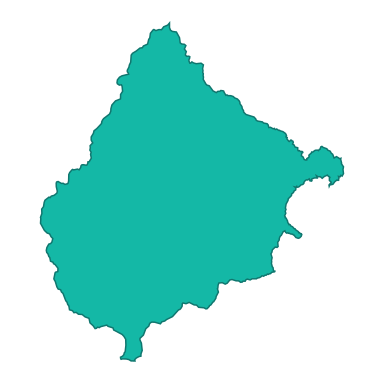 Roncesvalles, Tolima, Colombia (Natural Earth projection)
{"feature_id": "7082276B73571332128099", "entity_name": "Roncesvalles", "entity_type": "district", "adm_level": 2, "iso_a3": "COL", "parent_name": "Colombia", "parent_adm1": "Tolima", "projection": "natural_earth1", "projection_center": [-75.521, 4.104], "detail": "fine", "context": "isolated", "style": "filled", "palette": "teal", "viewbox_px": 384, "rotation_deg": 0, "n_neighbors": 0, "source": "geoboundaries", "source_scale": "gbopen_adm2", "svg_char_len": 5932}
<svg xmlns="http://www.w3.org/2000/svg" viewBox="0 0 384 384"><path d="M40.5,217.4L40.8,218.6L40.5,223.3L44.4,230.4L47.1,233.0L49.6,233.9L51.1,236.8L52.8,238.5L51.9,242.1L50.6,243.6L48.8,244.1L46.9,247.5L46.3,250.3L46.7,252.4L48.0,254.0L48.8,256.4L49.8,257.6L50.5,261.2L53.1,262.3L53.5,263.7L55.1,264.5L58.0,268.3L57.8,271.6L55.5,272.2L55.1,272.8L53.9,278.6L54.1,279.5L55.3,281.5L56.9,286.9L58.2,289.1L60.6,289.7L61.4,291.9L63.0,293.4L65.8,300.8L67.1,302.3L67.6,304.2L68.9,306.1L69.5,309.8L72.5,310.7L73.9,312.7L76.2,312.4L78.4,314.2L82.2,314.5L85.1,316.9L89.0,318.3L90.0,322.9L93.1,325.7L95.1,328.6L96.4,328.3L97.5,327.2L99.4,327.6L100.5,326.7L106.8,325.1L108.0,326.3L113.0,327.9L113.7,330.0L122.1,334.4L123.9,336.3L125.7,339.3L125.9,345.2L125.2,351.6L124.2,353.0L123.9,354.6L122.5,356.2L120.5,357.2L120.7,358.8L121.1,359.3L122.4,358.9L126.3,359.0L129.0,359.6L131.0,360.9L135.0,361.0L134.7,359.7L136.3,358.0L139.1,356.5L140.9,356.2L141.0,353.8L142.2,350.5L141.4,343.2L139.9,339.8L140.0,338.3L143.4,335.1L145.8,328.7L148.8,326.1L149.5,323.9L150.4,322.8L151.8,322.1L154.7,322.2L160.4,323.8L161.9,321.8L164.8,321.0L166.6,319.5L172.5,316.6L178.6,309.8L179.8,309.5L180.8,308.5L182.1,306.3L182.3,303.6L183.0,303.0L186.0,303.7L189.2,302.4L194.1,304.9L196.6,305.1L198.6,307.3L204.0,307.8L205.9,308.9L207.1,308.7L209.2,306.5L209.4,305.7L210.9,304.9L212.8,302.2L213.7,301.7L215.9,298.2L216.1,296.6L218.4,292.1L217.4,288.6L217.8,288.2L218.1,285.1L218.9,283.0L222.3,282.7L225.2,284.1L227.2,283.2L229.8,280.0L232.0,279.5L236.0,280.8L238.7,280.9L240.6,282.3L242.4,282.0L243.0,281.2L245.2,281.2L245.7,280.0L247.2,279.1L250.2,279.9L252.1,278.8L256.5,278.8L257.3,278.1L259.6,277.6L261.1,276.7L262.0,275.8L263.7,276.2L264.8,275.3L266.4,275.1L267.3,274.1L268.4,274.4L269.3,273.8L270.6,273.6L271.7,272.3L274.6,271.8L274.9,271.2L273.5,270.8L273.0,267.5L272.3,266.8L271.4,263.3L271.7,261.9L271.5,260.4L272.1,257.7L270.9,253.8L271.8,252.5L272.4,249.8L275.2,247.1L277.1,247.4L278.1,246.5L277.7,242.3L279.2,240.0L279.3,238.4L280.1,236.4L281.4,235.2L283.1,231.8L284.9,230.8L285.6,232.3L286.6,233.1L287.9,232.8L288.3,233.3L289.2,233.2L290.4,233.9L292.8,234.3L293.4,235.0L293.9,235.0L295.9,237.5L298.2,238.3L299.6,237.9L301.2,236.3L301.8,234.5L301.3,233.7L300.4,233.8L299.6,232.7L298.7,232.7L298.4,231.7L295.3,229.5L295.1,228.8L294.0,228.5L292.6,226.8L290.8,225.9L290.1,224.7L288.9,224.6L288.8,223.7L287.8,222.7L287.5,220.9L286.0,218.0L285.2,217.7L285.2,216.7L284.6,215.9L285.8,213.2L285.2,211.4L286.0,209.3L285.4,208.2L286.1,204.0L288.0,200.5L288.3,198.7L291.1,196.0L291.6,195.1L291.6,193.9L293.4,192.6L294.1,191.0L295.7,189.9L295.9,188.0L294.9,187.0L296.1,187.3L296.7,186.5L296.9,187.2L297.9,187.2L299.4,186.5L300.8,185.0L302.9,184.4L303.9,183.3L303.8,182.6L305.1,180.7L306.5,179.8L307.7,180.0L309.2,178.9L310.0,180.9L311.6,181.1L312.0,180.3L311.4,179.4L312.1,178.8L314.7,177.9L317.2,178.0L316.4,175.7L318.1,176.8L320.3,176.7L322.2,178.3L324.3,176.5L327.4,175.1L328.6,176.6L329.3,176.6L329.9,177.4L329.4,178.2L329.4,180.5L331.2,182.2L331.0,183.1L330.4,183.3L329.0,185.0L329.2,186.2L329.7,185.0L332.9,184.3L334.9,181.6L337.0,180.0L338.0,180.4L338.7,180.1L338.6,178.9L339.0,178.1L338.5,176.4L340.1,176.8L340.9,175.3L342.1,176.1L343.5,173.6L343.0,169.5L343.5,166.8L341.4,163.7L341.6,163.1L340.7,159.4L340.9,158.3L339.8,158.7L336.5,156.6L334.1,158.0L332.7,154.3L331.2,153.1L330.2,151.2L327.7,150.1L326.8,148.7L323.3,147.5L321.9,146.4L320.8,146.9L320.0,149.3L319.3,149.4L318.5,150.6L317.3,150.1L315.2,150.3L312.5,152.2L311.7,152.0L311.1,153.3L309.2,154.8L308.9,155.5L309.1,156.5L308.7,157.4L306.8,158.6L306.9,159.8L305.9,160.1L304.2,159.5L303.1,157.0L301.4,155.8L301.7,153.3L302.8,152.6L302.6,151.8L301.9,151.4L300.5,151.6L299.4,150.6L298.3,150.8L297.8,150.0L297.7,147.7L295.1,147.1L294.0,144.9L292.6,144.1L293.3,142.3L292.9,141.2L291.7,140.7L291.5,140.2L290.7,140.1L289.4,141.5L288.9,141.4L286.9,138.9L287.2,137.5L285.9,136.9L286.5,135.5L285.5,133.5L282.9,131.6L280.1,130.8L279.6,130.3L278.7,130.4L276.7,129.0L275.7,129.5L275.0,129.4L274.4,128.4L273.2,128.8L270.5,127.3L268.8,127.5L268.2,125.0L267.1,123.7L263.5,123.0L262.4,121.9L257.4,121.0L255.9,119.8L255.8,119.0L254.0,117.0L246.0,114.5L243.7,112.2L243.5,110.6L242.3,108.7L241.9,106.5L239.9,103.6L239.9,102.3L239.2,100.9L237.4,99.0L234.7,97.9L233.2,96.5L230.8,95.7L227.8,95.6L227.0,94.9L225.9,95.3L224.0,92.1L223.8,91.2L223.1,90.8L220.8,90.5L219.9,91.3L217.7,91.4L216.3,92.6L213.0,90.9L209.3,85.8L207.0,85.1L206.0,84.2L203.2,79.3L203.5,77.0L203.1,75.8L203.3,73.7L202.7,72.3L203.0,70.7L202.6,68.7L203.4,64.9L201.1,63.2L196.2,63.7L193.4,62.9L191.9,61.9L190.7,63.1L189.9,63.2L189.0,61.2L188.9,59.8L189.6,58.3L189.8,56.7L188.8,56.2L186.7,56.3L185.5,55.2L185.5,54.0L186.3,51.6L184.4,49.0L185.9,45.6L184.4,44.3L181.7,44.0L180.2,42.9L179.5,37.7L176.4,32.0L172.3,31.4L170.5,30.2L169.5,27.6L169.5,23.0L167.7,25.1L163.7,26.8L161.5,29.7L158.8,29.6L155.9,30.6L153.9,29.5L153.2,29.8L150.4,33.3L149.8,37.8L148.7,39.4L147.6,44.1L143.4,46.0L142.4,47.7L139.9,48.1L136.3,51.0L132.5,53.3L131.2,55.1L130.7,62.2L129.4,64.9L128.9,67.2L127.3,70.2L127.3,71.8L128.3,72.9L128.6,74.2L122.0,75.8L119.5,77.2L117.4,79.9L117.0,82.7L117.4,83.8L119.3,85.1L121.4,84.8L122.1,86.3L122.6,91.4L120.6,94.4L120.5,98.9L115.5,100.9L111.9,105.0L110.9,108.8L110.8,111.2L109.6,114.0L103.6,118.6L102.4,120.3L101.6,122.1L101.8,122.9L101.0,124.1L96.8,128.6L94.0,130.8L93.4,133.3L91.2,137.0L91.2,140.1L92.7,142.9L90.1,145.7L90.3,147.9L89.9,150.1L91.1,152.2L90.6,154.4L91.3,158.2L89.2,161.7L87.9,161.9L87.8,163.3L87.0,164.9L86.3,165.2L83.1,164.7L81.8,164.9L81.1,165.6L80.6,167.7L79.2,169.8L77.5,169.1L73.6,169.9L72.7,169.4L71.9,169.9L69.7,172.5L68.8,174.5L68.6,181.1L68.0,183.3L67.6,183.7L64.9,184.4L63.2,183.3L61.3,183.4L58.1,181.5L56.6,182.0L56.2,183.2L56.3,186.8L57.3,191.2L56.9,193.1L54.2,195.3L51.3,196.1L50.1,197.6L49.0,197.1L45.0,200.2L44.2,202.3L43.5,206.7L41.7,209.1L41.9,213.5L40.5,217.4Z" fill="#14b8a6" stroke="#0f766e" stroke-width="1.5"/></svg>